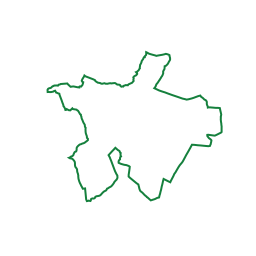 Mogotio, Rift Valley, Kenya (orthographic projection), rotated 21°
{"feature_id": "3690345B85271046016228", "entity_name": "Mogotio", "entity_type": "district", "adm_level": 2, "iso_a3": "KEN", "parent_name": "Kenya", "parent_adm1": "Rift Valley", "projection": "orthographic", "projection_center": [35.951, 0.165], "detail": "fine", "context": "isolated", "style": "outline", "palette": "green", "viewbox_px": 256, "rotation_deg": 21, "n_neighbors": 0, "source": "geoboundaries", "source_scale": "gbopen_adm2", "svg_char_len": 5803}
<svg xmlns="http://www.w3.org/2000/svg" viewBox="0 0 256 256"><g transform="rotate(21 128 128)"><path d="M49.3,111.1L48.8,111.8L47.8,112.4L47.4,113.6L46.5,113.7L45.4,114.2L44.5,114.5L43.7,115.0L43.4,115.6L42.7,116.0L42.2,116.9L41.8,117.9L41.1,118.6L40.3,119.0L40.1,119.2L39.4,120.0L39.2,121.2L39.6,122.1L40.1,123.2L41.0,122.8L42.1,122.5L43.2,122.1L45.2,120.8L45.8,119.9L46.6,119.3L48.3,120.7L48.8,120.6L50.5,120.7L51.6,120.6L52.4,121.8L55.9,125.7L58.0,128.2L58.8,129.0L59.5,129.9L60.0,130.8L60.8,131.2L61.5,131.8L62.2,132.4L63.1,133.6L63.8,133.2L64.0,132.3L66.3,132.6L67.8,132.2L68.8,130.0L69.0,129.6L69.7,130.1L73.4,129.3L74.3,129.7L75.2,129.8L76.4,130.7L77.5,131.6L78.2,132.2L79.2,132.4L79.5,133.2L80.5,134.2L80.9,135.1L81.9,136.3L82.6,136.9L83.1,137.5L83.8,138.2L84.4,138.9L85.5,139.7L86.5,140.5L87.0,141.6L87.5,142.4L88.4,143.0L88.7,144.3L89.3,145.6L89.7,146.6L90.4,147.9L91.1,148.8L92.5,150.4L93.2,151.9L94.4,152.4L94.9,153.7L94.0,155.4L93.8,155.6L93.4,156.2L92.8,157.3L91.9,158.2L90.9,158.9L90.0,159.9L89.0,160.6L88.5,161.3L88.1,162.1L87.7,162.9L87.4,163.7L87.2,164.6L87.4,165.6L87.5,165.9L87.9,166.9L88.0,168.4L87.1,169.2L86.7,170.1L86.7,170.9L86.6,171.8L86.7,173.0L86.1,174.2L85.1,175.0L84.6,175.7L84.4,176.3L83.7,176.9L84.8,177.1L85.6,176.9L86.9,176.7L87.8,177.0L89.6,178.0L90.5,178.8L91.1,179.9L91.6,181.2L92.2,182.4L93.0,183.3L94.2,184.0L95.2,184.8L95.5,185.4L96.0,186.5L96.7,187.6L97.7,188.7L98.1,189.4L98.6,190.1L98.9,191.0L99.8,192.8L100.1,193.3L101.0,194.5L101.7,195.4L103.1,196.9L104.1,197.7L104.8,198.5L105.7,199.2L106.7,200.1L107.6,200.9L109.6,199.8L114.5,209.6L115.8,211.0L116.7,210.5L117.3,209.9L118.2,209.8L119.1,209.6L119.2,208.7L119.1,207.7L119.1,207.3L120.2,206.4L121.2,206.2L121.8,205.7L122.2,204.9L122.2,203.9L123.2,202.9L124.5,202.2L125.8,201.3L126.6,200.0L127.0,198.8L127.4,197.8L127.7,197.1L128.2,196.1L128.5,195.7L130.0,194.0L130.2,192.1L130.9,191.5L131.7,190.3L132.6,189.3L133.3,188.4L133.7,187.3L134.1,186.2L134.5,184.6L134.6,183.4L135.4,181.2L135.8,180.5L135.9,179.7L136.0,179.4L136.0,179.0L136.0,178.3L135.9,178.0L135.4,176.9L135.1,176.2L134.6,175.8L134.0,175.4L131.5,173.1L129.7,171.1L127.6,168.7L123.7,164.3L122.5,163.1L121.7,162.1L119.6,160.3L121.5,155.4L122.4,153.3L123.3,151.0L126.4,152.2L128.2,152.5L128.7,152.9L129.1,153.5L130.2,154.0L130.2,154.9L130.7,155.7L131.0,156.4L131.7,157.0L131.2,157.9L131.3,158.9L131.8,160.1L131.1,161.5L131.3,163.0L131.8,163.9L134.6,164.0L137.7,163.7L139.9,163.2L142.5,163.2L143.5,163.5L143.9,164.9L144.6,167.9L145.4,171.5L146.0,173.1L147.7,173.8L149.8,174.5L152.2,175.3L155.8,176.5L157.9,177.0L158.7,178.2L159.4,179.1L160.3,180.5L160.8,181.1L161.6,182.0L162.3,182.5L163.6,182.9L164.6,183.2L167.7,184.7L169.9,185.4L170.4,185.8L171.0,185.8L173.3,186.7L175.2,187.4L178.6,184.7L180.3,182.8L181.9,181.7L181.6,179.7L181.5,177.9L181.2,175.9L181.0,173.7L180.4,170.2L180.3,168.9L180.1,167.4L179.9,166.2L179.7,164.9L179.5,162.8L184.2,163.3L186.9,163.5L187.0,161.7L187.2,160.0L187.4,158.3L187.6,156.6L187.7,154.2L188.2,152.5L188.5,150.5L189.1,146.8L189.6,144.4L190.0,143.2L190.9,140.6L191.2,139.1L191.7,135.1L191.9,133.4L192.0,132.5L192.2,131.3L192.8,127.5L193.3,124.0L193.7,120.7L196.2,119.9L199.3,119.1L202.3,118.2L204.5,117.6L207.4,116.8L209.5,116.2L210.9,115.4L210.9,114.3L211.0,113.4L210.8,112.4L210.6,110.9L210.3,109.6L209.4,109.1L208.5,108.8L207.3,108.5L206.3,107.9L205.1,107.2L204.7,106.6L204.5,106.0L205.5,105.5L206.5,105.3L208.2,104.9L209.5,104.6L210.3,104.4L211.8,104.0L213.1,102.7L216.1,99.4L216.8,98.5L216.6,97.5L216.0,96.1L214.8,92.9L214.1,91.7L213.5,90.4L212.5,88.7L211.5,86.7L211.0,85.1L210.6,84.4L210.6,84.0L210.4,83.0L210.2,82.0L208.7,79.7L208.0,78.7L206.6,76.5L205.0,76.9L203.2,77.6L198.0,79.1L195.9,79.8L195.2,80.3L194.7,79.3L193.9,78.5L193.3,77.9L192.7,76.7L192.3,75.5L191.8,74.9L191.5,74.7L191.2,74.5L190.4,74.1L189.2,74.1L187.2,73.2L186.2,72.9L185.4,72.8L184.7,72.4L183.9,71.8L182.1,73.1L180.5,74.5L179.6,75.3L178.6,76.2L177.0,77.5L174.2,79.5L172.5,80.5L171.1,80.6L168.4,81.0L165.0,81.1L162.2,81.2L159.9,81.3L157.5,81.4L152.8,81.5L149.9,81.5L146.8,81.7L143.6,81.8L138.3,81.4L138.7,80.2L138.9,79.1L138.8,78.1L138.9,76.8L139.4,75.5L139.8,73.8L140.1,72.2L140.3,71.9L140.4,70.9L140.7,69.8L140.8,68.6L141.1,67.7L141.3,66.5L141.3,65.2L141.3,64.4L141.0,63.7L140.6,62.8L140.6,61.9L140.6,61.4L140.8,60.8L140.9,60.0L140.6,58.7L140.1,57.2L141.0,56.5L141.6,55.3L142.1,54.1L142.3,53.0L142.4,51.8L142.8,49.6L142.8,49.2L142.7,48.8L142.4,48.1L142.2,47.6L141.4,46.5L140.9,45.9L140.7,45.2L140.2,45.0L139.1,45.0L137.3,45.1L136.6,45.3L135.8,46.0L133.7,47.4L129.5,49.9L128.6,50.5L127.4,50.5L124.8,50.8L122.5,51.0L120.9,51.1L119.2,50.8L117.8,50.7L118.0,51.3L118.5,52.2L118.7,53.3L118.0,55.0L118.3,55.9L117.5,56.3L117.4,57.3L117.4,58.4L117.0,59.7L116.8,60.9L117.0,61.6L117.0,62.6L116.9,63.7L116.7,64.8L117.0,65.8L117.2,66.9L117.3,67.3L117.7,68.0L117.4,69.0L117.3,70.0L117.0,70.8L116.6,71.5L116.1,72.5L115.5,73.0L116.0,73.3L116.5,73.4L116.8,73.5L117.2,74.2L117.0,75.0L116.7,75.9L115.9,76.7L115.2,77.6L115.0,78.5L114.8,78.8L115.6,79.8L115.7,81.1L116.4,82.0L115.6,84.3L114.7,85.2L112.9,87.0L112.5,88.2L111.7,88.3L111.0,88.7L110.4,88.8L109.6,89.6L108.8,90.2L108.7,91.0L107.7,91.3L107.0,91.8L105.8,91.4L105.3,90.8L104.7,90.7L104.4,90.7L103.7,90.9L102.4,91.3L101.2,91.0L100.2,90.7L99.2,90.9L98.3,91.4L97.3,91.9L96.4,92.4L95.5,92.5L94.5,93.0L93.5,93.7L92.9,94.1L92.0,94.4L91.1,94.7L90.1,94.6L89.1,95.2L88.1,95.9L87.1,96.2L86.1,96.0L84.9,96.2L83.4,96.5L82.2,96.2L80.8,95.9L80.1,95.2L78.3,95.0L76.4,95.0L71.9,95.0L69.8,95.0L68.5,94.6L68.5,95.2L68.4,96.3L68.1,97.6L67.9,98.9L67.9,100.5L68.7,101.2L69.8,101.3L70.0,102.6L70.0,103.5L70.0,104.5L69.6,105.4L69.4,106.1L68.3,106.3L67.8,106.9L68.0,107.6L66.5,108.0L65.4,108.2L62.3,108.7L60.8,109.4L59.9,110.0L59.6,110.1L56.2,108.7L55.4,108.2L49.3,111.1Z" fill="none" stroke="#15803d" stroke-width="2"/></g></svg>